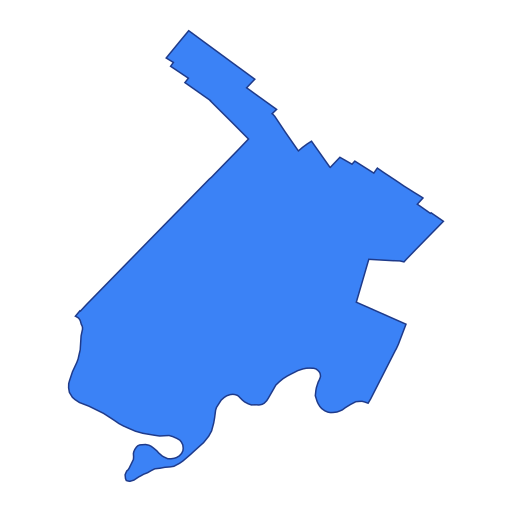 the district of Moldoveni, Ialomita, Romania
{"feature_id": "2599482B86291871971416", "entity_name": "Moldoveni", "entity_type": "district", "adm_level": 2, "iso_a3": "ROU", "parent_name": "Romania", "parent_adm1": "Ialomita", "projection": "robinson", "projection_center": [26.516, 44.733], "detail": "fine", "context": "isolated", "style": "filled", "palette": "blue", "viewbox_px": 512, "rotation_deg": 0, "n_neighbors": 0, "source": "geoboundaries", "source_scale": "gbopen_adm2", "svg_char_len": 3100}
<svg xmlns="http://www.w3.org/2000/svg" viewBox="0 0 512 512"><path d="M404.0,261.9L406.5,259.1L415.6,249.7L443.4,221.3L431.1,212.8L430.4,213.4L417.3,204.2L423.0,198.0L422.8,197.8L413.7,192.2L404.5,186.4L404.3,186.3L396.1,180.7L394.8,179.8L394.6,179.7L384.9,173.3L384.6,173.1L381.2,170.8L381.0,170.6L377.6,168.3L377.4,168.1L376.9,168.7L376.4,169.4L373.8,173.1L364.3,167.1L354.8,161.1L352.0,164.2L339.9,157.3L330.3,167.4L329.8,167.1L311.5,141.2L307.1,144.0L302.5,147.4L298.4,150.9L298.2,150.7L285.2,132.0L274.8,116.4L273.0,114.4L272.1,113.7L273.9,112.0L276.6,109.4L257.8,95.9L246.6,87.8L254.8,79.2L236.2,65.6L188.7,30.7L180.3,40.8L169.7,53.7L166.2,58.0L169.8,60.2L173.4,62.4L170.6,66.3L183.6,75.0L188.4,78.2L184.9,82.6L200.0,93.2L204.4,96.3L210.4,100.5L210.2,100.7L214.4,104.9L231.4,121.8L244.0,134.5L248.5,139.0L237.3,150.7L211.4,177.3L209.4,179.0L149.5,240.1L87.1,303.9L80.4,311.1L79.9,310.8L75.4,316.2L76.2,316.6L78.5,318.0L79.8,319.7L80.5,321.4L80.9,323.0L81.1,323.5L81.2,324.1L82.1,325.9L82.5,327.4L82.5,329.3L81.1,335.8L80.2,349.9L79.1,354.5L78.1,359.0L76.8,362.5L72.5,371.7L69.6,380.4L68.7,383.6L68.6,387.8L69.4,392.4L72.4,397.3L74.9,399.5L79.4,402.5L89.0,406.2L103.6,413.4L113.3,419.7L119.0,423.6L123.7,426.1L129.6,428.7L131.5,429.5L135.4,431.2L142.9,433.3L154.8,435.3L159.6,436.0L166.8,435.6L169.1,435.5L172.8,436.6L174.8,437.5L176.9,438.4L178.4,439.3L179.8,440.1L181.2,441.8L181.7,442.7L182.8,444.9L183.2,448.2L182.9,450.8L181.6,453.4L180.3,454.8L179.3,455.9L176.4,457.6L174.1,458.3L170.8,458.8L167.7,458.7L163.6,456.8L162.2,456.0L160.5,454.5L158.7,453.0L156.8,450.8L153.7,448.2L152.4,447.2L151.0,446.2L148.9,445.2L145.5,444.5L139.9,444.9L137.9,445.7L136.5,447.0L134.9,449.3L133.8,451.7L133.4,453.6L133.6,456.9L133.5,458.2L133.4,459.5L129.2,468.1L128.1,469.8L126.8,470.9L125.9,472.8L125.1,474.8L125.5,478.6L126.3,480.5L128.0,481.0L129.9,481.3L133.9,480.1L138.9,476.8L140.7,475.9L143.7,474.2L147.6,472.7L151.2,470.6L154.8,468.8L160.1,468.2L164.8,467.3L170.1,466.9L173.9,466.3L179.7,463.2L183.0,460.9L190.7,454.3L193.5,451.7L200.1,445.7L203.5,442.7L208.7,436.2L211.6,430.9L213.7,423.0L214.6,417.8L215.6,410.2L216.5,407.4L219.5,402.7L221.2,400.1L224.1,397.5L226.7,395.8L230.2,394.6L232.8,394.3L235.1,394.6L237.5,395.4L239.0,396.6L240.1,397.8L242.3,400.0L244.6,401.9L248.2,403.8L251.3,404.9L256.6,404.8L258.8,405.0L260.5,404.7L262.2,404.3L264.2,403.2L266.7,400.7L268.3,398.2L272.8,390.4L275.8,385.1L279.4,381.7L283.0,378.7L287.3,376.0L291.1,374.0L294.9,372.1L297.8,370.6L303.0,368.9L306.5,368.2L310.0,368.1L313.8,368.3L315.9,368.9L317.8,370.3L319.2,371.8L320.1,373.4L320.4,375.1L320.5,376.4L320.1,377.8L319.2,380.1L318.2,382.0L316.4,387.6L315.9,390.3L315.3,395.7L317.1,401.4L318.1,403.6L319.8,406.4L321.6,408.5L324.8,410.8L327.8,412.1L330.5,412.6L333.0,412.5L337.0,412.0L340.0,410.9L342.3,409.9L345.4,407.6L350.6,404.4L353.9,402.7L355.8,401.7L359.4,401.4L362.0,401.3L364.4,401.9L368.1,403.2L370.6,399.0L383.7,373.3L395.4,350.3L396.2,349.0L398.4,344.2L406.0,324.2L356.3,302.2L368.8,259.3L393.0,260.7L394.1,260.7L399.8,260.9L404.0,261.9Z" fill="#3b82f6" stroke="#1e3a8a" stroke-width="1.5"/></svg>